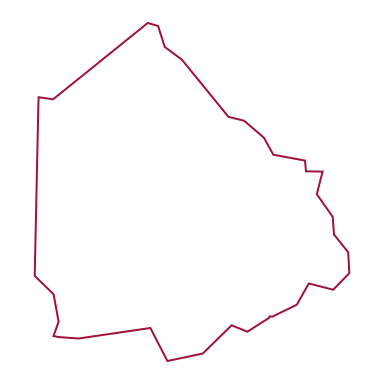 outline of Greene, North Carolina, United States of America
{"feature_id": "52423323B20033821816181", "entity_name": "Greene", "entity_type": "district", "adm_level": 2, "iso_a3": "USA", "parent_name": "United States of America", "parent_adm1": "North Carolina", "projection": "natural_earth1", "projection_center": [-77.628, 35.5], "detail": "fine", "context": "isolated", "style": "outline", "palette": "rose", "viewbox_px": 384, "rotation_deg": 0, "n_neighbors": 0, "source": "geoboundaries", "source_scale": "gbopen_adm2", "svg_char_len": 592}
<svg xmlns="http://www.w3.org/2000/svg" viewBox="0 0 384 384"><path d="M349.3,273.1L348.2,252.3L334.0,234.5L332.7,216.8L316.8,194.2L322.6,171.6L306.0,171.3L305.0,160.6L273.3,154.7L263.9,137.7L244.0,120.7L228.5,116.9L181.9,59.7L164.7,46.9L158.1,26.0L147.7,23.0L53.1,99.3L38.6,97.2L38.2,111.9L34.7,275.9L53.6,294.3L58.6,321.7L53.5,336.1L59.2,337.1L78.6,338.5L126.4,331.5L150.4,328.0L167.4,361.0L202.8,353.5L231.6,325.3L247.4,331.7L269.0,317.9L269.5,316.4L270.1,316.4L272.3,316.7L275.9,314.9L296.8,304.7L308.8,283.5L333.2,289.7L349.3,273.1Z" fill="none" stroke="#9f1239" stroke-width="2"/></svg>